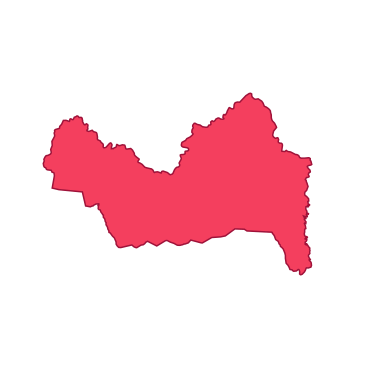 the district of Victoria, Yoro, Honduras, rotated 150°
{"feature_id": "27666195B67496121573402", "entity_name": "Victoria", "entity_type": "district", "adm_level": 2, "iso_a3": "HND", "parent_name": "Honduras", "parent_adm1": "Yoro", "projection": "natural_earth1", "projection_center": [-87.58, 15.094], "detail": "fine", "context": "isolated", "style": "filled", "palette": "rose", "viewbox_px": 384, "rotation_deg": 150, "n_neighbors": 0, "source": "geoboundaries", "source_scale": "gbopen_adm2", "svg_char_len": 6006}
<svg xmlns="http://www.w3.org/2000/svg" viewBox="0 0 384 384"><g transform="rotate(150 192 192)"><path d="M169.8,240.8L171.8,239.9L175.7,240.0L176.4,239.6L177.8,238.0L178.0,236.8L177.4,235.5L174.3,232.9L173.5,231.9L173.4,231.2L173.9,230.1L175.2,229.7L176.9,230.5L177.6,230.6L178.0,230.2L178.7,228.8L179.2,228.5L180.7,228.8L182.7,229.8L183.6,229.9L184.1,229.1L184.3,226.9L184.6,226.3L185.3,225.6L188.5,223.7L188.8,223.2L189.0,221.7L189.6,220.9L191.1,220.4L192.7,221.0L194.4,220.8L196.2,219.9L199.3,217.6L200.1,217.4L202.1,217.8L202.8,218.7L202.9,219.6L203.7,221.3L206.6,224.6L208.0,224.9L209.3,223.9L211.6,226.6L213.5,227.5L214.8,227.7L215.0,228.2L214.9,230.7L215.5,232.2L219.2,235.6L220.5,237.1L221.4,240.9L222.4,242.8L223.7,244.5L223.7,245.2L223.4,245.7L221.5,246.6L221.3,247.0L222.5,249.8L223.2,252.0L223.2,253.2L222.6,254.4L222.6,255.1L222.6,258.1L223.3,260.3L226.9,261.7L227.5,262.2L227.6,262.9L226.9,265.4L226.9,266.3L228.7,267.7L231.1,268.2L231.8,268.6L232.4,269.1L232.9,270.3L233.3,270.7L233.8,270.5L234.8,269.2L235.6,268.9L237.7,269.1L238.7,268.9L239.2,269.5L240.1,269.8L239.1,271.4L237.9,272.5L237.6,273.1L237.6,274.7L238.1,275.3L239.2,275.3L244.1,273.7L245.8,274.1L246.3,274.5L246.4,275.5L245.3,277.0L245.1,278.4L245.9,280.3L245.9,282.1L247.4,284.2L247.5,285.2L246.4,286.8L245.2,290.0L245.1,291.1L245.4,291.7L247.2,293.6L247.4,295.0L247.6,295.4L251.0,296.0L252.3,297.3L252.2,298.1L250.9,298.5L250.5,298.9L250.0,300.3L248.9,301.5L248.6,302.6L249.4,303.9L251.1,303.7L251.6,304.2L251.7,305.3L251.6,307.7L250.9,308.8L250.6,310.2L250.2,310.8L250.7,312.1L252.5,312.9L252.7,314.3L253.1,315.0L253.6,315.4L255.1,315.3L256.6,315.6L258.2,314.4L258.9,314.2L259.4,314.5L260.3,315.9L260.9,316.2L261.5,315.9L262.6,314.6L263.0,314.5L265.2,317.0L267.6,318.3L271.1,315.8L273.7,315.0L275.0,313.4L279.0,314.4L279.8,314.3L280.3,314.0L280.7,312.8L281.9,312.0L282.5,310.0L283.2,308.9L288.0,305.9L289.8,302.1L293.1,299.5L294.0,296.9L294.4,296.3L295.6,295.6L298.2,295.7L300.2,296.4L301.8,295.8L303.9,294.4L304.5,292.7L306.5,291.1L307.4,288.7L307.4,287.2L306.6,286.2L306.7,284.3L305.9,283.3L303.1,281.2L303.3,279.0L302.6,278.5L302.0,277.4L303.1,274.8L311.1,265.3L306.1,260.6L286.9,246.9L291.1,233.1L287.5,230.0L285.7,229.8L284.6,229.4L283.9,229.7L281.2,229.6L278.7,228.4L279.2,227.3L280.1,227.4L280.5,225.9L281.3,225.0L281.6,224.2L281.5,223.5L280.5,222.3L280.9,220.2L280.6,218.1L280.7,217.0L280.3,216.3L281.4,214.5L281.0,212.4L281.9,209.7L281.7,208.3L282.6,207.2L282.7,206.0L282.9,205.8L282.7,204.9L282.9,203.3L283.4,202.0L283.4,200.1L284.1,198.5L283.3,197.4L282.9,193.5L282.2,191.1L282.7,186.8L283.8,184.6L283.7,182.6L283.2,180.7L281.5,179.5L270.6,176.2L269.7,173.6L268.7,172.2L267.7,171.4L262.7,171.5L260.6,170.7L258.8,170.9L257.0,171.6L255.1,171.5L249.5,162.9L239.3,163.1L238.2,162.7L237.6,162.2L235.9,159.5L233.3,156.5L231.5,153.5L230.8,152.9L229.2,151.9L226.3,151.0L225.0,151.0L224.2,150.5L220.6,149.8L217.1,151.0L209.4,143.3L208.4,142.7L197.6,142.7L189.6,138.8L185.1,137.3L173.3,138.6L165.3,133.6L163.9,130.8L143.0,117.3L142.8,116.6L143.1,115.8L142.8,115.0L142.6,113.0L143.3,109.0L142.0,106.1L142.5,103.4L142.1,102.3L142.6,100.6L142.0,99.3L141.5,97.0L142.1,92.8L142.8,90.4L144.3,87.8L146.1,83.2L145.5,80.5L145.6,77.6L145.9,76.4L145.8,75.8L144.3,74.6L143.9,73.0L143.5,72.5L141.0,71.4L138.9,71.8L138.3,71.5L138.2,70.6L138.6,69.1L139.8,67.2L139.5,66.2L139.1,65.9L137.6,65.7L134.5,66.6L133.0,67.5L131.2,69.0L130.6,69.0L129.4,68.1L126.6,67.5L125.2,68.7L124.2,71.0L124.1,72.1L124.6,74.1L124.3,74.7L123.6,74.3L123.3,74.4L123.5,76.3L123.2,78.3L122.5,79.2L120.7,79.8L120.1,81.3L119.1,82.3L118.7,83.7L118.0,84.5L118.3,85.8L118.6,89.9L119.1,90.2L119.7,89.4L120.1,90.3L119.5,91.0L119.1,92.0L117.5,92.3L116.4,93.2L116.3,94.0L117.5,94.5L117.5,94.9L116.4,95.5L115.2,94.8L114.7,95.1L114.8,95.8L116.1,97.0L116.2,97.8L116.1,98.5L115.5,99.9L114.5,100.9L113.3,103.0L112.6,103.5L111.7,103.4L110.7,106.1L110.4,108.6L110.0,108.8L109.2,107.8L108.2,109.1L108.5,111.6L108.3,112.4L108.0,112.6L106.9,112.0L106.5,112.2L106.6,112.8L107.5,114.1L107.4,115.4L106.1,113.9L105.0,113.0L104.5,113.0L104.1,113.6L104.5,114.8L104.1,115.5L103.7,115.7L102.4,114.6L102.0,115.0L102.9,116.7L102.1,117.9L102.1,120.1L100.7,122.3L100.2,122.3L99.3,121.3L98.9,121.1L98.7,121.3L98.8,122.0L98.6,122.4L98.4,122.4L98.1,121.5L96.6,122.0L96.6,122.5L97.4,122.9L97.5,123.2L96.8,124.7L96.7,125.6L96.4,125.9L95.4,125.8L94.4,127.9L95.0,131.0L95.8,132.4L95.7,133.2L95.0,134.7L94.3,135.4L91.9,136.1L88.7,138.8L88.4,140.6L88.0,142.0L87.9,143.4L87.3,145.1L87.7,146.0L87.5,146.3L85.6,147.3L84.6,146.8L83.0,146.7L82.7,147.1L82.6,148.8L82.3,149.3L81.0,150.2L79.8,150.1L79.4,150.4L78.9,152.0L79.5,154.1L79.6,156.0L79.3,156.6L77.7,156.6L75.5,155.9L74.5,156.0L73.6,159.2L73.7,160.5L72.9,161.9L73.6,163.2L77.5,165.0L80.5,166.7L81.5,168.0L81.4,170.2L81.8,171.0L82.5,172.0L83.5,172.6L86.6,177.4L88.8,179.2L89.6,180.9L91.3,180.6L93.8,182.3L93.5,183.1L90.6,186.8L90.1,187.6L89.9,188.8L90.3,189.6L91.8,190.6L92.3,192.0L92.0,192.8L90.8,194.0L90.5,195.8L91.0,196.4L92.6,196.6L93.0,196.9L93.9,198.9L93.8,200.6L93.3,201.4L90.8,204.0L86.5,205.6L86.3,206.6L86.1,210.3L86.8,213.3L86.7,214.9L86.2,216.6L84.8,219.2L84.2,221.6L83.6,223.0L83.7,224.6L84.1,226.0L85.2,228.4L86.5,230.1L86.0,233.6L86.2,235.8L88.1,239.6L90.6,240.5L91.5,241.4L92.4,244.0L92.0,245.9L91.3,247.0L91.8,248.1L93.2,248.7L97.1,248.5L105.8,245.9L107.5,247.1L109.2,247.6L110.4,247.6L111.8,246.6L113.8,243.8L114.9,243.5L116.0,244.2L117.3,246.3L117.9,246.4L121.2,244.3L121.9,243.5L124.1,242.2L125.0,242.2L125.5,243.1L126.5,242.9L127.9,241.2L127.6,239.8L128.0,239.4L129.0,239.7L130.6,240.7L131.7,242.6L132.6,243.1L134.9,243.2L136.3,242.4L137.7,242.2L138.2,242.4L139.0,243.6L140.8,243.3L141.5,241.7L142.0,241.0L142.7,241.0L144.1,241.5L145.7,240.5L146.6,240.6L147.9,241.3L150.3,243.3L151.5,245.9L153.7,247.9L154.9,249.9L155.7,250.4L157.9,249.5L158.6,248.5L158.7,247.3L159.0,246.9L160.6,246.0L161.6,244.9L162.3,243.6L162.0,242.1L162.2,241.6L163.5,241.1L166.1,240.6L169.8,240.8Z" fill="#f43f5e" stroke="#9f1239" stroke-width="1.5"/></g></svg>